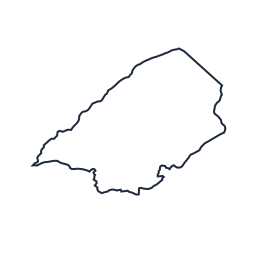 Dom Basílio, Bahia, Brazil, rotated 258°
{"feature_id": "56859067B28125703872164", "entity_name": "Dom Basílio", "entity_type": "district", "adm_level": 2, "iso_a3": "BRA", "parent_name": "Brazil", "parent_adm1": "Bahia", "projection": "equal_earth", "projection_center": [-41.73, -13.831], "detail": "fine", "context": "isolated", "style": "outline", "palette": "slate", "viewbox_px": 256, "rotation_deg": 258, "n_neighbors": 0, "source": "geoboundaries", "source_scale": "gbopen_adm2", "svg_char_len": 2968}
<svg xmlns="http://www.w3.org/2000/svg" viewBox="0 0 256 256"><g transform="rotate(258 128 128)"><path d="M195.2,194.3L194.8,192.3L195.0,189.8L194.9,187.1L194.1,184.5L193.6,182.5L193.4,179.9L192.8,177.5L192.5,175.3L192.2,173.0L191.8,170.6L191.7,168.7L191.5,166.5L191.2,164.5L190.7,162.6L190.3,160.3L189.7,157.6L188.9,155.2L188.0,153.2L187.7,150.7L186.9,148.6L185.8,147.0L184.5,145.5L183.2,144.2L181.7,143.6L180.5,142.9L179.3,141.0L177.7,139.2L177.8,136.9L177.4,134.3L176.7,132.6L176.0,130.5L174.7,128.0L173.3,125.8L172.4,124.4L171.5,122.8L170.7,121.2L169.9,119.7L169.4,117.9L168.8,116.4L167.1,115.4L166.0,114.3L165.2,112.6L163.8,111.3L162.6,110.0L161.3,109.0L160.3,107.6L159.8,105.9L160.3,104.0L159.7,100.9L159.2,98.2L157.7,96.7L156.3,95.3L155.2,94.2L154.1,92.8L153.1,90.2L153.3,87.6L152.6,85.8L151.5,84.5L150.3,83.3L149.1,82.5L147.7,82.3L145.8,81.4L143.9,79.7L142.2,77.3L141.3,75.7L139.7,73.7L138.0,72.0L138.7,69.5L138.6,67.2L138.2,65.5L137.9,63.3L138.8,61.7L139.5,60.2L138.6,58.2L136.7,57.6L135.1,56.9L133.9,54.9L132.8,53.5L133.4,51.2L132.4,48.5L130.6,45.6L129.5,43.5L128.5,42.0L126.9,41.8L125.8,40.5L124.9,39.0L123.2,38.1L121.4,37.9L120.0,35.6L119.1,34.2L118.0,33.1L116.2,33.1L114.1,33.1L113.3,31.9L112.8,29.4L111.2,27.1L110.9,29.3L110.2,31.3L110.9,33.7L111.6,36.3L111.9,39.7L111.5,42.7L111.4,45.7L111.4,47.8L111.0,50.2L110.5,52.1L109.4,53.3L108.2,54.6L107.2,56.1L106.4,57.9L105.3,60.1L104.2,61.8L102.4,62.9L100.8,63.1L99.6,64.5L99.0,66.9L98.8,69.5L98.1,72.3L97.3,74.5L96.2,77.0L94.8,79.4L93.4,81.2L94.6,82.9L95.3,85.2L94.5,86.7L93.0,87.3L91.7,85.0L90.1,85.2L88.9,86.1L87.5,84.9L86.0,84.7L84.7,83.7L83.5,84.8L82.5,86.0L80.5,85.9L78.8,83.6L77.3,84.7L76.1,85.7L74.4,85.2L72.6,85.7L71.1,87.1L69.7,89.1L70.0,91.0L70.1,93.0L70.1,95.1L71.0,96.5L71.1,98.8L70.8,101.0L70.1,102.5L69.3,103.8L69.2,105.7L69.1,108.1L67.2,108.3L67.1,110.4L66.8,112.2L66.8,114.5L65.2,116.0L64.5,117.6L63.4,119.4L62.2,120.7L61.1,122.5L60.8,124.7L66.7,126.3L66.8,128.1L65.7,130.2L64.8,132.6L64.1,135.1L64.5,138.6L66.0,141.2L66.7,144.1L67.5,145.7L68.3,147.3L69.2,148.7L70.0,150.6L71.5,150.9L72.7,152.8L74.0,151.8L74.1,149.5L74.5,147.0L75.9,147.2L77.7,148.7L79.3,149.0L80.5,150.4L82.1,150.9L83.4,151.4L84.3,153.0L83.7,155.0L82.9,156.6L81.4,156.8L80.3,158.9L79.1,160.1L80.5,161.5L81.7,163.3L82.0,165.1L80.5,166.3L79.0,167.9L78.5,170.7L79.0,172.4L80.1,173.9L81.3,175.0L82.8,176.7L84.3,178.7L85.3,179.7L86.2,181.1L87.8,182.4L89.0,184.1L89.2,185.7L90.1,188.9L90.8,191.2L91.4,193.2L93.4,194.9L94.9,196.5L95.8,198.1L96.8,199.4L102.9,217.8L103.4,220.8L105.4,222.3L107.3,223.1L109.3,223.1L110.8,222.4L112.0,221.3L113.5,220.5L115.3,220.6L117.0,220.5L118.2,219.7L119.8,219.1L121.4,217.9L123.4,216.2L125.0,215.4L126.6,215.7L128.0,216.2L129.5,217.0L131.2,217.4L133.1,219.1L134.1,220.2L135.4,222.8L137.1,224.2L138.9,225.0L140.1,225.7L141.1,226.8L143.1,226.5L145.1,226.4L146.6,226.8L148.2,227.4L150.0,228.9L187.8,201.5L189.0,200.6L191.5,198.8L195.2,194.3Z" fill="none" stroke="#1e293b" stroke-width="2"/></g></svg>